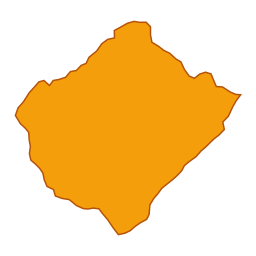 Aperibé, Rio de Janeiro, Brazil
{"feature_id": "56859067B41541405954438", "entity_name": "Aperibé", "entity_type": "district", "adm_level": 2, "iso_a3": "BRA", "parent_name": "Brazil", "parent_adm1": "Rio de Janeiro", "projection": "equal_earth", "projection_center": [-42.132, -21.653], "detail": "fine", "context": "isolated", "style": "filled", "palette": "amber", "viewbox_px": 256, "rotation_deg": 0, "n_neighbors": 0, "source": "geoboundaries", "source_scale": "gbopen_adm2", "svg_char_len": 1238}
<svg xmlns="http://www.w3.org/2000/svg" viewBox="0 0 256 256"><path d="M146.2,22.3L139.4,22.3L133.9,21.4L127.3,23.3L119.4,27.8L114.3,30.5L114.5,37.9L107.7,39.4L101.8,43.7L96.7,51.0L89.0,57.3L86.1,63.4L81.2,65.4L76.3,70.5L70.4,71.6L65.6,77.3L58.8,79.5L53.2,80.5L49.5,85.5L43.9,80.5L38.9,81.9L34.9,86.5L29.4,92.5L23.3,102.0L18.1,107.8L15.4,115.5L20.4,123.7L25.3,128.2L28.7,132.4L29.2,139.8L30.4,146.6L29.4,153.7L30.9,160.2L35.4,164.0L39.8,168.5L42.9,173.1L44.3,179.9L47.0,186.4L53.5,189.6L55.4,196.0L62.0,198.4L69.2,199.6L76.7,205.7L83.4,208.6L87.8,209.0L93.1,208.1L98.9,208.8L102.7,213.8L107.4,219.3L113.6,228.4L118.4,234.6L124.9,233.2L130.2,230.7L135.0,226.5L140.6,222.6L146.7,219.3L149.1,214.4L149.9,204.8L153.9,198.3L157.3,194.4L161.8,188.3L167.8,183.4L173.0,179.3L178.4,174.3L181.8,170.6L184.4,165.6L189.3,161.5L196.1,156.6L201.2,150.8L205.8,146.9L210.0,142.7L214.4,138.5L219.0,135.0L224.3,129.5L222.8,122.0L228.4,116.2L232.6,107.0L236.3,100.6L240.6,94.8L235.7,94.4L230.0,91.9L222.6,87.0L216.3,86.5L213.9,80.9L211.0,73.9L205.5,72.2L199.7,74.1L194.4,78.3L189.1,76.0L184.5,69.6L180.9,61.9L175.8,58.9L169.8,53.3L163.8,50.4L158.4,46.2L151.9,42.3L150.5,35.0L150.5,26.8L146.2,22.3Z" fill="#f59e0b" stroke="#b45309" stroke-width="1.5"/></svg>